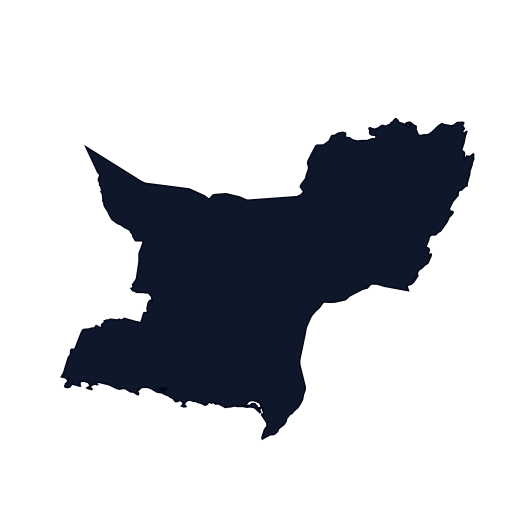 map outline of Baluchistan (Natural Earth projection), rotated 13°
{"feature_id": "PAK-1108", "entity_name": "Baluchistan", "entity_type": "Province", "adm_level": 1, "iso_a3": "PAK", "parent_name": "Pakistan", "parent_adm1": "", "projection": "natural_earth1", "projection_center": [66.028, 28.477], "detail": "fine", "context": "isolated", "style": "filled", "palette": "ink", "viewbox_px": 512, "rotation_deg": 13, "n_neighbors": 0, "source": "natural_earth", "source_scale": "10m", "svg_char_len": 6091}
<svg xmlns="http://www.w3.org/2000/svg" viewBox="0 0 512 512"><g transform="rotate(13 256 256)"><path d="M394.6,99.9L397.1,98.4L399.5,95.8L404.5,88.1L407.5,85.1L409.5,85.7L417.0,85.2L419.1,84.2L422.0,80.7L427.3,79.2L428.4,79.4L428.5,80.3L427.9,81.9L427.9,82.6L430.4,85.0L429.3,87.5L429.5,88.6L430.2,89.5L431.0,89.6L431.8,89.0L432.8,87.3L433.4,87.4L432.9,92.2L433.2,99.0L432.5,106.1L433.1,107.0L435.5,108.0L436.1,109.1L437.0,115.3L437.7,115.6L437.8,113.6L439.0,111.0L439.9,111.5L440.6,111.0L441.9,111.0L444.8,107.6L445.3,108.1L445.6,110.5L446.4,112.5L445.8,115.7L446.0,119.0L445.3,125.2L445.8,128.0L445.4,137.7L445.9,140.3L444.4,140.9L441.2,145.7L439.6,146.1L439.0,147.2L438.7,149.6L439.3,150.8L439.2,151.6L435.6,158.5L433.7,166.6L433.8,167.2L434.7,167.8L435.0,169.9L436.8,168.3L438.1,168.6L438.3,169.5L437.0,172.6L435.5,174.5L434.6,179.5L430.6,189.4L429.8,190.6L428.1,192.0L426.6,194.4L425.8,195.2L423.3,195.7L421.8,196.3L420.6,198.3L420.6,202.0L419.5,208.7L420.0,209.2L421.9,209.5L423.1,210.3L423.5,210.9L423.4,214.3L424.6,215.8L425.9,214.8L426.4,214.8L426.6,216.4L425.2,223.8L424.8,224.7L422.6,226.8L420.6,230.2L417.9,233.0L417.5,233.8L417.0,236.9L418.2,238.8L415.8,245.3L413.8,248.5L410.8,250.2L410.2,251.0L410.2,252.0L412.4,255.5L387.6,256.6L380.6,256.1L375.0,257.2L373.8,258.3L371.6,262.2L367.6,264.2L356.1,273.9L353.1,278.4L343.2,283.2L337.9,284.6L333.4,285.3L331.8,286.2L329.3,292.2L326.5,296.1L323.8,301.3L323.0,303.6L321.0,314.6L321.4,321.2L321.9,345.9L322.1,348.3L322.9,351.6L333.5,372.7L334.0,375.8L333.4,380.2L333.6,385.0L333.0,388.2L330.9,394.3L327.6,398.8L326.5,401.3L324.7,402.8L322.4,407.5L322.5,410.3L321.3,413.8L317.0,419.0L316.5,422.1L314.3,425.3L312.6,426.3L310.0,427.0L303.5,432.8L303.5,432.4L302.6,431.9L303.3,423.3L304.9,419.6L304.9,418.5L304.0,416.1L297.1,409.4L297.3,408.5L298.4,408.8L298.8,407.8L298.7,406.4L297.2,404.9L296.4,401.9L295.6,402.4L295.3,401.7L294.8,401.9L294.2,400.4L292.5,398.0L290.5,398.2L289.9,397.7L290.0,396.6L288.5,397.5L287.0,397.6L285.2,397.3L284.4,397.9L283.0,398.2L281.4,399.5L280.2,402.1L279.1,403.0L278.5,404.0L283.3,403.2L284.5,401.9L285.2,401.6L285.2,400.7L288.4,400.2L289.1,401.1L290.5,401.7L292.0,403.7L293.3,403.0L294.1,403.1L294.8,403.7L293.4,405.1L295.0,406.2L295.6,407.0L295.0,407.8L289.3,404.5L287.4,404.0L286.0,404.4L284.9,404.1L281.1,405.4L277.4,405.5L271.5,406.8L268.8,406.9L265.0,408.8L263.3,409.2L260.3,410.5L252.7,408.5L250.0,409.4L249.2,409.2L249.8,408.1L247.3,408.5L245.5,409.5L244.2,408.7L243.1,409.2L241.3,412.1L239.9,412.9L236.0,411.9L232.7,411.8L230.3,411.3L229.0,411.3L227.8,411.8L225.6,411.3L223.0,411.5L221.1,412.8L219.9,414.9L219.7,416.2L219.9,417.3L221.6,418.1L221.6,418.6L219.4,419.3L217.1,418.9L218.2,417.0L218.2,416.2L217.5,415.0L215.7,414.1L213.8,413.9L212.7,415.3L210.5,415.9L209.6,415.6L207.3,413.5L203.4,412.7L202.5,411.8L200.0,411.7L196.4,410.9L196.9,408.5L195.9,407.6L195.9,406.4L196.9,406.1L198.3,406.3L198.7,406.2L198.9,405.4L197.7,405.1L194.8,405.7L194.4,405.3L191.5,407.1L192.4,406.8L193.0,407.9L193.9,406.9L194.5,406.9L195.8,409.5L194.9,410.5L192.0,410.8L191.2,410.5L190.2,410.9L184.5,409.0L181.7,408.5L179.0,408.5L174.9,409.5L173.5,410.5L171.8,413.1L171.3,413.4L170.7,413.2L171.2,414.6L172.7,416.6L172.4,417.6L171.9,417.9L168.3,416.5L166.9,416.2L164.1,416.6L158.7,414.7L157.3,414.6L152.5,416.6L149.0,416.2L142.0,414.5L132.0,414.4L130.0,414.7L129.4,415.8L129.5,416.4L130.4,416.9L129.6,417.3L128.6,416.9L127.3,417.3L125.4,418.6L124.4,419.8L124.2,421.3L124.8,421.9L126.2,422.4L125.9,423.1L122.2,423.0L120.8,422.6L122.2,421.3L123.3,421.0L123.4,420.5L122.5,418.3L120.8,417.0L116.3,416.7L113.6,417.7L112.7,419.5L113.3,420.0L113.5,421.2L114.3,422.2L113.4,422.5L107.4,422.1L105.4,422.4L104.0,425.6L101.7,426.6L100.2,426.8L99.2,426.4L98.8,425.6L99.4,424.0L99.1,423.4L100.4,421.8L100.7,420.3L101.4,418.9L101.4,418.2L100.8,418.3L100.0,418.9L97.8,417.6L93.4,417.5L94.8,413.4L95.9,397.2L96.3,396.0L97.1,395.0L97.3,393.3L96.6,389.5L97.5,388.2L99.9,387.9L100.5,387.0L103.0,369.9L103.9,367.0L104.9,366.2L109.9,364.7L112.1,363.2L114.7,362.6L115.9,359.7L120.8,360.9L121.7,360.4L121.0,357.6L123.1,354.8L122.8,353.4L125.5,351.7L127.1,351.6L128.0,350.4L135.3,349.5L137.1,348.3L138.4,348.7L139.7,348.4L140.6,347.8L141.3,346.5L141.8,346.4L154.7,347.0L155.9,346.7L157.6,347.3L158.6,346.3L159.0,344.4L159.4,337.2L159.7,336.4L162.0,335.8L162.6,335.2L162.8,334.3L161.6,331.7L161.5,325.6L162.7,323.1L163.5,322.8L165.1,323.1L163.1,318.8L159.3,316.1L156.6,316.8L154.4,316.8L147.7,318.3L145.1,317.3L143.9,317.7L141.5,315.7L142.6,315.3L143.0,314.1L142.9,312.7L142.1,311.7L144.3,306.5L144.6,304.4L143.3,287.9L141.5,279.8L142.9,269.1L142.7,267.4L141.8,266.8L135.1,268.2L131.7,264.7L130.6,262.3L128.9,261.3L127.6,259.5L126.5,258.9L121.2,257.7L117.8,256.1L113.8,255.5L107.5,252.8L103.6,248.6L102.0,246.3L97.8,242.2L96.6,240.7L95.5,238.0L94.3,236.6L93.8,234.0L92.2,229.8L90.4,228.1L91.2,227.1L91.3,226.2L90.2,225.6L89.3,223.3L87.7,222.3L87.2,220.0L85.4,217.6L85.1,216.6L85.7,213.0L85.3,211.7L83.0,210.1L65.6,187.9L127.4,209.2L131.6,210.1L175.9,205.7L192.3,209.0L196.9,211.1L198.0,210.6L200.4,206.3L201.9,205.5L212.8,202.1L226.7,202.2L233.5,203.5L235.5,203.5L282.5,189.0L285.8,186.5L287.7,183.5L288.4,183.0L283.7,178.7L283.5,178.0L284.2,175.4L286.8,169.7L287.0,168.8L286.9,165.8L287.6,159.3L287.3,157.3L286.0,155.3L285.3,153.4L285.4,151.2L289.4,135.4L290.5,134.3L296.8,132.7L301.4,127.4L302.7,121.9L303.7,121.2L305.3,121.0L308.4,117.9L312.7,116.0L315.0,116.0L315.6,116.3L315.9,117.0L316.0,118.1L315.5,119.1L315.9,119.7L318.1,120.1L320.5,119.7L323.6,121.1L328.9,121.3L332.5,119.9L338.5,118.5L342.9,115.5L345.8,115.1L346.2,114.2L346.0,112.1L344.6,111.6L341.2,112.1L339.6,111.3L339.0,110.6L338.8,108.6L337.4,106.3L337.9,105.4L343.0,105.9L346.4,103.7L348.9,100.8L350.0,100.2L351.8,100.4L353.9,100.1L355.0,98.8L357.1,97.6L357.6,95.8L359.0,94.5L360.8,90.9L361.6,90.8L363.5,91.7L365.5,93.8L369.5,93.9L375.3,95.8L377.4,94.4L377.0,93.9L372.9,93.7L372.2,93.4L372.1,92.9L374.6,91.3L376.4,91.0L380.1,92.9L382.9,93.6L383.6,97.0L386.6,101.0L387.6,101.8L389.2,101.6L393.2,99.8L394.6,99.9Z" fill="#0f172a" stroke="#020617" stroke-width="1.5"/></g></svg>